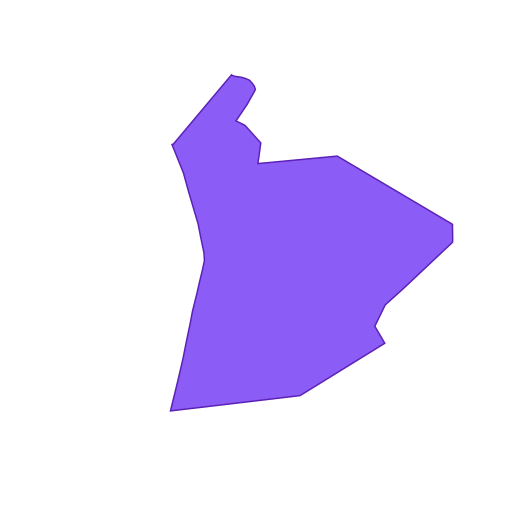 Trou Rouge, Castries, Saint Lucia, rotated 228°
{"feature_id": "8701671B79423766550609", "entity_name": "Trou Rouge", "entity_type": "district", "adm_level": 2, "iso_a3": "LCA", "parent_name": "Saint Lucia", "parent_adm1": "Castries", "projection": "equal_earth", "projection_center": [-60.989, 14.006], "detail": "fine", "context": "isolated", "style": "filled", "palette": "violet", "viewbox_px": 512, "rotation_deg": 228, "n_neighbors": 0, "source": "geoboundaries", "source_scale": "gbopen_adm2", "svg_char_len": 674}
<svg xmlns="http://www.w3.org/2000/svg" viewBox="0 0 512 512"><g transform="rotate(228 256 256)"><path d="M105.0,293.3L124.3,297.3L133.2,319.3L133.2,343.2L134.7,411.2L136.3,412.9L148.1,423.2L275.9,383.2L323.4,319.3L336.8,335.2L360.6,335.2L369.8,331.5L374.6,350.9L379.0,363.9L380.1,366.9L383.3,368.4L387.2,368.8L390.9,368.8L395.1,366.9L398.8,364.6L403.3,360.8L405.6,359.3L407.0,359.0L394.3,268.4L395.7,268.4L366.4,257.7L348.8,248.9L318.5,234.4L308.2,228.2L293.1,219.4L287.1,214.6L281.1,206.3L274.2,196.2L268.3,187.9L257.5,171.9L249.8,161.8L239.3,147.4L228.6,133.1L216.1,115.2L198.1,88.8L122.8,195.3L105.0,293.3Z" fill="#8b5cf6" stroke="#5b21b6" stroke-width="1.5"/></g></svg>